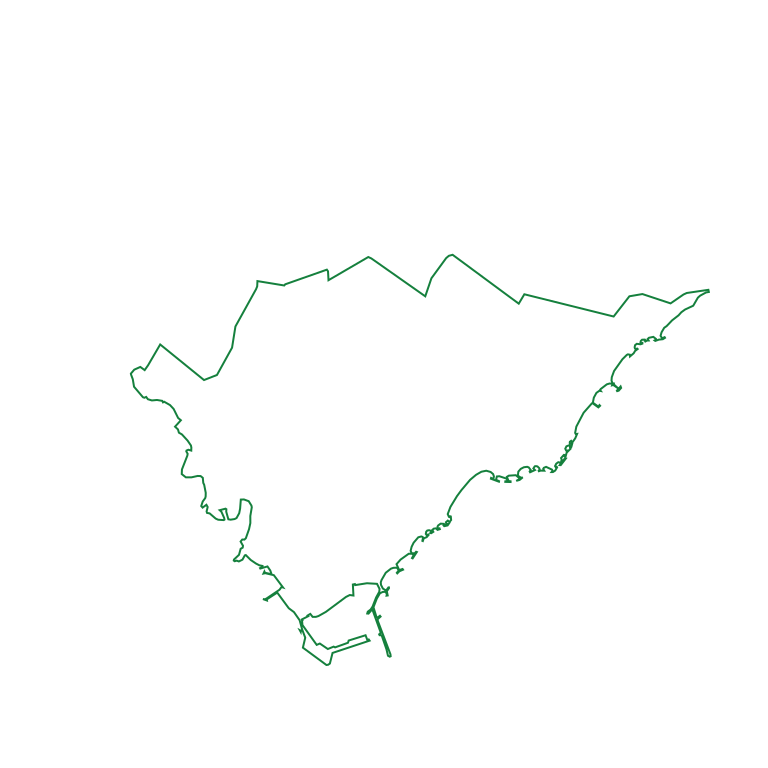 outline of Mangalia, Constanta, Romania, rotated 35°
{"feature_id": "2599482B15082485169173", "entity_name": "Mangalia", "entity_type": "district", "adm_level": 2, "iso_a3": "ROU", "parent_name": "Romania", "parent_adm1": "Constanta", "projection": "equal_earth", "projection_center": [28.576, 43.845], "detail": "fine", "context": "isolated", "style": "outline", "palette": "green", "viewbox_px": 768, "rotation_deg": 35, "n_neighbors": 0, "source": "geoboundaries", "source_scale": "gbopen_adm2", "svg_char_len": 6165}
<svg xmlns="http://www.w3.org/2000/svg" viewBox="0 0 768 768"><g transform="rotate(35 384 384)"><path d="M221.3,372.3L224.1,376.7L224.8,379.6L229.3,422.1L238.7,441.4L242.0,472.4L234.3,484.0L178.0,480.0L180.0,504.0L180.0,509.9L174.6,509.8L171.2,515.5L170.7,520.7L171.3,521.3L175.5,524.2L180.8,529.6L194.1,533.1L195.6,532.7L196.6,531.0L199.3,531.9L203.3,530.6L207.2,527.3L212.0,525.0L213.5,525.8L214.1,524.6L220.8,524.0L226.0,525.1L234.8,529.9L238.4,530.2L237.3,538.8L241.3,539.4L243.9,541.5L247.4,541.2L255.5,543.0L261.1,545.1L262.6,546.5L264.3,549.1L261.4,550.1L260.4,551.8L260.7,552.6L263.2,553.8L264.0,555.5L267.5,569.9L270.0,573.8L275.2,574.1L279.9,570.8L284.1,566.2L286.6,564.6L289.4,564.8L292.7,568.7L294.5,569.7L300.4,575.4L302.4,578.4L303.0,580.0L302.9,584.2L304.3,588.8L306.3,589.3L307.8,584.8L310.1,585.9L311.8,590.2L313.0,591.1L315.4,590.0L323.3,590.8L326.0,590.3L330.8,587.4L331.1,586.6L329.9,585.4L324.1,581.9L321.8,581.6L325.7,577.0L326.7,577.0L328.0,579.1L334.1,584.1L336.2,583.1L339.1,580.3L340.1,578.4L339.5,572.9L337.6,568.6L333.0,560.8L335.5,558.9L340.4,557.6L345.1,559.6L346.4,560.8L350.2,568.8L354.3,574.6L356.7,580.3L359.3,589.6L358.9,591.5L357.1,592.7L356.9,595.3L361.3,597.4L362.1,599.1L361.1,601.2L363.2,607.1L361.8,613.8L362.2,614.8L363.4,614.8L364.6,613.2L366.9,612.6L368.8,609.1L368.3,604.2L368.9,603.4L375.8,604.6L382.1,604.5L385.9,604.0L388.9,602.7L389.6,603.5L388.1,605.9L388.5,606.1L393.2,600.3L397.8,602.0L401.0,604.3L394.7,606.9L393.6,606.2L394.0,608.4L395.2,607.1L403.4,603.8L418.0,608.6L416.5,609.1L416.4,612.5L410.8,627.1L410.0,628.6L408.2,629.6L412.3,628.5L411.5,627.7L416.2,616.1L434.6,622.3L441.1,622.5L450.4,625.9L458.1,632.3L457.2,633.9L456.3,634.0L457.9,634.8L457.5,634.1L458.6,632.6L465.0,637.0L468.8,646.5L498.0,647.2L499.3,646.0L500.0,644.0L496.1,633.8L519.4,602.5L518.0,602.0L517.1,603.2L513.0,600.4L502.2,614.4L502.9,616.6L501.1,619.2L495.0,627.8L493.4,628.0L490.0,633.3L480.3,633.4L478.5,636.3L455.4,628.2L452.4,624.6L452.6,624.2L451.8,623.9L455.1,617.7L454.2,617.5L455.5,614.6L459.1,615.7L461.7,613.9L463.4,611.7L467.1,604.0L475.0,580.2L477.0,576.5L480.3,574.8L473.5,566.1L474.9,564.6L475.7,565.3L484.3,557.0L492.9,551.7L497.9,554.4L499.3,556.9L500.0,563.4L502.3,572.9L502.4,576.4L501.3,579.8L501.9,581.6L503.0,581.0L503.6,575.4L504.0,575.5L523.3,589.1L524.1,590.3L523.6,591.8L524.5,592.3L526.2,591.2L538.3,600.0L543.1,604.3L545.1,604.1L545.6,603.2L544.3,601.7L514.8,581.6L513.7,580.3L514.6,576.5L513.6,576.2L512.8,578.7L511.6,579.3L503.4,572.9L501.2,563.9L500.7,557.8L502.2,555.1L504.5,553.3L506.9,554.5L507.5,555.9L508.3,555.1L505.2,552.2L505.2,548.4L504.7,547.8L504.3,548.1L504.2,551.5L503.1,552.1L500.4,552.2L496.8,550.3L495.1,548.3L494.4,545.9L493.7,537.6L495.6,531.3L497.2,529.1L499.8,527.2L500.8,527.3L503.0,528.3L502.8,531.3L503.5,531.5L504.0,528.6L506.1,525.2L505.3,524.9L503.2,527.7L497.6,524.4L498.3,518.3L501.6,508.9L504.3,507.0L506.4,506.9L506.8,510.5L507.5,510.4L507.3,502.8L506.5,503.0L506.3,505.0L503.8,506.8L501.5,505.4L500.0,501.5L499.3,497.0L500.0,489.9L502.0,487.5L503.4,487.1L504.1,487.5L505.4,490.5L505.9,490.4L505.1,487.6L506.8,485.0L507.1,482.1L506.4,482.0L505.8,483.4L504.2,482.8L503.3,480.8L503.5,479.2L504.8,477.9L506.5,477.4L507.5,477.8L507.4,479.5L508.2,479.2L509.2,476.8L507.3,475.8L507.7,474.0L509.4,472.4L511.5,472.8L513.0,470.9L512.3,470.4L511.2,471.7L509.6,470.0L509.5,468.8L510.5,465.9L513.3,464.2L514.6,464.6L514.1,465.7L514.9,465.9L517.2,463.4L517.2,461.3L515.5,463.0L514.0,461.7L514.6,459.3L516.8,459.5L517.0,456.9L514.7,454.2L514.1,454.4L514.2,455.4L513.4,455.6L510.8,454.0L508.9,446.5L508.1,433.9L508.3,426.4L509.5,413.1L511.5,405.6L514.1,400.0L517.5,396.4L521.8,394.9L525.0,395.2L527.0,396.6L528.1,399.0L525.6,399.5L525.9,400.3L534.2,398.1L534.0,397.6L530.7,398.2L529.5,395.0L531.4,393.4L538.7,391.2L541.1,392.6L539.2,394.1L539.5,394.6L543.9,391.7L543.5,391.1L541.7,392.0L537.9,389.6L538.8,387.5L544.3,383.1L549.2,383.5L549.5,384.1L547.9,387.5L550.1,384.8L551.2,380.9L550.1,382.2L546.2,382.3L544.3,378.7L544.7,375.1L546.3,372.0L548.8,369.7L550.4,369.3L553.5,370.3L553.5,372.1L554.3,372.5L557.0,367.9L554.8,367.5L554.7,365.0L555.6,364.1L557.0,363.5L559.5,363.9L560.6,364.8L560.4,366.3L560.9,366.6L562.0,365.1L565.0,363.1L563.1,362.2L563.0,361.0L564.3,358.9L570.7,357.8L571.9,358.4L571.8,360.0L572.9,359.2L573.9,356.7L573.6,353.0L573.0,352.8L572.5,353.7L571.2,353.1L570.8,350.5L571.6,348.1L572.8,347.6L574.5,347.8L574.5,349.6L575.3,349.1L575.7,340.7L574.8,341.1L574.7,346.1L573.7,346.1L572.8,343.9L571.5,343.1L572.0,338.9L573.0,338.4L573.5,339.5L574.3,339.1L573.0,335.5L573.6,332.1L571.7,334.1L570.9,333.8L569.6,333.0L569.2,330.4L570.8,328.0L571.7,328.0L573.4,330.0L573.6,328.2L572.4,324.9L571.6,325.1L571.0,326.2L570.0,325.9L569.4,324.7L569.9,323.2L571.8,323.9L571.8,318.8L570.8,314.1L569.8,315.0L568.6,314.4L566.0,308.6L564.0,293.0L565.4,280.6L565.9,280.1L573.0,280.2L573.5,277.9L572.6,277.7L572.6,279.6L565.8,279.5L563.7,274.8L563.1,269.4L564.3,266.0L565.6,265.4L564.4,265.0L564.4,263.8L566.7,256.5L568.5,254.2L570.2,253.2L571.3,253.2L571.6,254.2L572.3,253.3L578.8,253.3L578.6,255.9L579.1,256.1L580.1,254.8L580.5,251.2L579.2,250.3L578.9,253.1L577.0,253.1L572.3,252.5L572.0,251.7L570.7,252.3L568.4,250.7L566.7,247.8L565.0,241.4L565.1,227.0L566.2,220.9L566.8,219.8L568.6,219.0L569.7,220.3L570.9,215.6L570.7,212.9L571.7,209.9L571.0,209.8L570.4,211.1L569.2,211.0L568.2,210.1L567.4,208.2L568.0,206.1L571.4,204.3L572.5,202.7L572.1,202.2L571.3,203.2L570.2,202.8L569.7,201.4L570.0,199.7L572.2,198.0L573.6,198.3L573.2,199.1L573.7,199.3L574.5,197.6L575.8,196.6L574.2,195.9L574.5,194.2L577.6,190.9L581.0,191.1L581.4,191.8L580.7,193.1L581.5,193.1L583.7,190.0L586.7,187.4L587.7,185.0L587.0,184.7L585.6,187.0L582.9,185.9L581.7,182.4L581.3,177.2L582.3,174.5L583.5,166.6L585.9,158.8L586.4,154.7L587.9,150.3L592.4,142.5L591.6,133.2L592.3,130.3L595.3,124.3L597.3,122.3L595.7,120.8L579.8,135.8L578.0,138.9L572.5,153.6L544.1,162.1L534.7,171.4L533.4,197.0L447.5,230.0L448.3,240.9L366.1,238.8L363.6,241.8L362.7,245.2L362.2,270.2L367.5,288.5L301.6,288.4L298.3,289.0L279.0,330.8L273.5,323.8L271.6,323.1L245.9,359.0L245.8,360.5L221.3,372.3Z" fill="none" stroke="#15803d" stroke-width="2"/></g></svg>